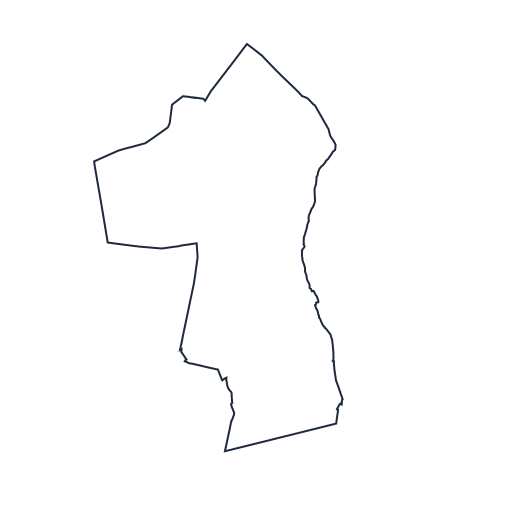 outline of Ermelo, Gelderland, Netherlands, rotated 238°
{"feature_id": "6326949B64614407924270", "entity_name": "Ermelo", "entity_type": "district", "adm_level": 2, "iso_a3": "NLD", "parent_name": "Netherlands", "parent_adm1": "Gelderland", "projection": "albers", "projection_center": [5.638, 52.286], "detail": "fine", "context": "isolated", "style": "outline", "palette": "slate", "viewbox_px": 512, "rotation_deg": 238, "n_neighbors": 0, "source": "geoboundaries", "source_scale": "gbopen_adm2", "svg_char_len": 5855}
<svg xmlns="http://www.w3.org/2000/svg" viewBox="0 0 512 512"><g transform="rotate(238 256 256)"><path d="M71.4,235.2L76.2,239.2L82.0,244.1L83.1,243.4L83.4,243.8L83.3,244.0L83.4,244.3L83.7,244.5L84.1,244.9L84.3,245.1L84.6,245.9L85.4,247.4L85.5,247.7L85.7,248.2L85.9,248.7L86.1,249.0L86.2,249.3L85.6,249.7L85.0,249.9L84.7,250.0L85.5,250.7L87.1,251.6L87.4,251.9L87.5,252.0L87.9,252.4L88.4,252.8L88.4,253.0L88.5,253.4L88.5,253.5L91.3,254.2L92.7,254.5L94.3,254.8L95.7,255.2L99.2,256.0L101.3,256.5L103.2,256.9L107.3,257.8L107.6,257.7L108.5,258.1L109.5,258.5L110.1,258.8L110.9,259.1L111.6,259.5L112.3,259.7L113.5,260.3L115.1,260.9L115.4,261.1L115.7,261.2L115.8,261.2L116.3,261.5L116.5,261.6L117.1,261.9L117.3,262.0L117.8,262.2L119.3,262.8L119.8,263.2L124.8,265.6L124.9,266.1L125.1,266.2L125.6,266.0L125.8,265.9L125.9,266.1L126.0,266.2L126.4,265.8L126.5,266.2L126.6,266.3L127.2,266.6L127.7,267.0L128.0,267.4L128.2,267.6L128.7,267.8L129.2,268.2L129.7,268.4L131.4,269.4L131.9,269.7L132.4,270.0L132.6,270.2L132.8,270.3L133.1,270.5L134.8,271.3L136.3,272.1L138.6,273.3L143.7,275.7L145.9,276.5L146.7,276.7L147.5,276.8L149.5,277.5L149.9,277.5L150.2,277.5L153.7,277.2L156.7,276.9L157.4,276.8L158.7,276.3L159.1,276.6L160.7,276.1L161.1,276.1L163.7,276.2L164.3,276.3L165.3,276.4L166.5,276.6L167.7,276.9L168.3,277.0L168.8,277.0L169.4,277.0L169.9,276.8L170.1,276.9L170.6,277.0L171.0,277.2L171.6,277.6L172.0,277.8L172.4,277.8L172.9,277.7L173.2,277.8L174.2,278.2L175.6,278.7L177.2,279.2L177.6,279.1L180.3,279.4L181.4,279.6L183.1,280.0L183.1,280.8L183.1,281.0L184.1,282.0L184.3,282.2L184.5,282.2L184.6,282.3L184.6,282.5L184.4,282.9L184.3,283.3L183.8,284.1L183.8,284.3L183.9,284.5L184.3,284.6L184.7,284.9L184.8,285.0L185.0,285.1L185.8,285.4L187.9,285.7L188.1,285.8L188.6,286.0L189.2,286.2L189.7,286.2L191.6,286.0L193.9,286.2L195.9,286.3L196.5,284.7L198.6,285.2L199.0,285.1L199.6,284.8L200.3,284.5L200.8,284.7L201.5,285.1L202.0,285.5L202.6,285.9L203.3,286.1L204.0,286.3L204.5,286.4L207.4,286.6L208.3,286.7L208.6,286.7L209.7,287.1L211.5,287.9L213.1,288.5L215.6,289.1L216.6,289.3L217.1,289.5L217.3,289.6L218.5,290.4L219.1,290.8L219.5,291.1L220.2,291.4L221.3,291.6L223.0,292.2L223.4,292.3L224.5,292.4L225.3,292.6L226.4,292.8L227.2,293.1L228.0,293.3L228.3,293.4L228.9,293.8L229.3,294.1L230.0,294.3L231.9,295.1L232.6,295.6L233.9,296.5L234.7,296.8L235.0,297.1L235.3,297.4L235.5,297.6L235.8,297.6L236.2,297.9L236.5,298.1L236.7,298.4L236.8,298.6L236.9,298.9L237.9,301.6L238.1,301.9L238.4,302.2L238.7,302.4L238.9,302.5L239.4,302.5L239.9,302.4L240.3,302.4L240.5,302.4L240.7,302.6L241.1,303.0L241.8,303.6L242.1,303.7L242.6,303.8L243.1,304.1L246.8,306.8L247.0,307.1L248.0,308.5L248.6,309.1L250.7,311.5L251.8,312.8L253.8,314.8L255.2,316.0L256.0,317.0L256.9,318.0L257.0,318.2L257.3,318.8L257.3,319.0L257.9,319.5L259.6,320.3L260.0,320.5L261.1,321.3L262.0,322.0L262.4,322.4L262.8,322.9L263.9,324.7L264.7,325.6L264.7,325.8L264.9,326.0L265.2,326.4L265.7,326.9L265.9,327.1L266.4,328.0L266.6,328.1L266.7,328.4L266.8,328.9L267.3,330.0L267.5,330.4L268.0,331.2L268.4,331.7L269.1,332.7L269.7,333.5L270.1,333.9L270.4,334.3L270.9,334.7L271.6,335.4L272.1,335.7L274.2,336.7L274.6,337.0L275.1,337.4L276.7,338.2L277.5,338.6L278.5,339.2L279.3,339.6L279.8,340.0L280.0,340.0L280.9,340.6L282.0,341.4L282.5,341.9L283.5,343.1L284.6,344.1L284.8,344.6L284.9,344.8L285.6,345.3L288.1,347.3L288.8,347.7L289.1,348.1L289.3,348.3L289.5,348.4L290.6,348.8L290.8,349.0L291.7,350.8L291.9,351.0L293.3,352.3L293.8,352.7L295.6,355.0L296.0,355.5L296.5,356.4L296.6,356.9L297.1,358.1L297.4,359.6L297.7,361.3L298.4,363.6L298.9,364.5L299.2,365.2L299.4,365.5L299.8,366.1L299.8,366.6L299.8,367.0L299.9,367.8L300.0,368.2L300.1,368.5L300.4,369.0L300.5,369.4L300.6,369.9L300.7,370.2L301.1,370.6L301.2,370.8L301.3,371.3L301.4,371.7L301.9,372.9L303.3,375.6L303.6,376.1L303.7,377.2L304.0,377.9L303.9,378.8L303.9,379.0L304.1,379.3L304.3,379.5L307.7,382.2L307.9,382.3L308.8,382.5L311.8,382.8L313.5,382.7L315.5,382.6L316.5,382.6L317.6,382.6L318.0,382.6L319.0,382.8L319.9,383.0L321.0,383.4L321.9,383.7L323.1,384.0L324.9,384.7L352.5,385.8L354.6,384.9L361.7,383.5L364.1,382.2L366.4,380.5L367.2,379.8L368.8,379.5L372.7,378.8L376.2,378.0L393.9,373.5L402.9,371.4L408.9,370.1L419.0,368.0L421.0,367.6L422.3,367.4L422.6,367.4L423.9,366.8L426.2,366.0L433.9,363.2L440.6,360.6L432.7,339.9L428.8,329.4L427.4,325.7L422.7,313.2L419.7,305.1L414.9,295.8L415.0,295.1L414.9,295.0L417.3,294.6L423.2,287.5L422.9,287.5L427.1,282.7L428.7,280.6L430.1,278.8L430.2,278.6L430.3,278.3L430.2,278.0L430.2,277.9L430.1,277.6L429.4,271.0L429.1,267.5L428.8,265.0L417.3,255.6L414.6,253.4L414.1,252.9L413.9,252.5L412.8,250.9L411.8,249.4L411.1,238.9L411.0,237.1L410.9,235.1L410.6,230.1L410.3,221.9L411.9,216.6L414.7,207.2L415.2,205.8L416.5,201.7L418.3,195.2L420.1,182.5L422.0,168.9L418.5,167.2L412.8,164.9L380.9,151.9L346.0,137.4L343.9,139.9L334.2,151.7L333.0,153.2L329.3,157.7L325.6,162.3L312.4,179.9L310.1,184.9L307.1,191.7L305.5,195.0L304.5,197.9L304.3,198.6L304.1,199.1L301.9,204.1L301.3,205.0L301.0,206.2L298.2,212.4L285.7,205.7L276.3,197.8L272.5,194.7L264.9,188.1L251.2,174.9L249.5,173.3L226.7,151.4L223.2,148.2L216.6,141.7L216.5,143.5L214.1,141.8L212.6,141.9L210.9,142.0L205.0,142.2L205.0,141.6L205.1,141.1L205.0,140.9L204.9,140.7L204.7,140.6L204.4,139.8L199.7,143.2L199.0,144.3L192.6,150.7L187.6,155.6L179.9,163.5L174.5,162.5L173.9,162.4L173.5,162.3L171.9,162.1L169.6,161.6L168.6,161.5L168.4,161.5L168.6,163.9L168.7,164.6L168.5,166.4L166.4,165.0L165.9,164.8L163.5,164.0L161.5,163.0L160.9,162.8L157.6,162.3L155.1,162.6L153.5,162.9L153.3,162.8L152.5,162.6L149.9,161.0L144.0,158.0L143.6,156.3L140.9,155.5L140.0,155.3L138.2,155.1L137.2,154.8L136.7,154.7L135.7,154.6L135.3,154.6L134.8,154.4L133.3,153.5L131.3,150.9L130.6,150.1L130.0,149.2L129.2,148.0L129.3,147.9L129.2,147.8L127.5,146.0L123.7,142.5L106.9,126.2L71.4,235.2Z" fill="none" stroke="#1e293b" stroke-width="2"/></g></svg>